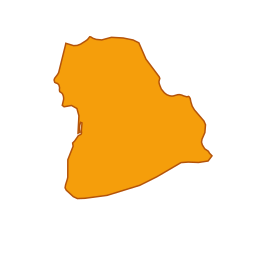 an SVG outline of Los Santos, rotated 111°
{"feature_id": "PAN-1339", "entity_name": "Los Santos", "entity_type": "Province", "adm_level": 1, "iso_a3": "PAN", "parent_name": "Panama", "parent_adm1": "", "projection": "mercator", "projection_center": [-80.421, 7.617], "detail": "fine", "context": "isolated", "style": "filled", "palette": "amber", "viewbox_px": 256, "rotation_deg": 111, "n_neighbors": 0, "source": "natural_earth", "source_scale": "10m", "svg_char_len": 1312}
<svg xmlns="http://www.w3.org/2000/svg" viewBox="0 0 256 256"><g transform="rotate(111 128 128)"><path d="M123.9,39.6L130.1,41.4L134.9,49.8L138.2,59.5L141.3,66.1L163.3,83.7L177.3,96.5L198.4,123.4L209.1,143.1L212.0,149.9L211.7,154.4L208.2,163.3L206.4,165.3L203.5,165.9L197.4,166.3L195.5,166.6L179.2,172.8L164.7,172.7L161.9,174.3L159.1,173.1L152.9,171.6L150.8,169.6L149.2,169.6L147.1,170.6L139.7,172.8L139.7,174.3L142.7,174.0L145.1,173.4L147.2,172.5L149.2,171.3L150.8,172.8L134.2,178.2L128.1,182.7L127.2,188.8L131.1,195.3L130.4,197.5L124.6,198.3L123.1,198.8L121.2,199.9L119.8,201.2L119.1,202.3L118.5,204.8L117.0,205.7L114.9,206.3L112.7,207.8L111.7,209.7L111.8,211.4L111.6,212.8L109.7,214.2L107.9,214.3L103.6,213.0L101.1,212.6L72.9,216.1L71.2,216.4L70.6,208.3L69.1,205.0L66.8,202.4L62.0,198.8L59.9,197.5L56.5,196.4L56.3,195.4L56.8,192.9L56.7,189.5L55.2,184.1L49.3,176.0L45.7,164.8L44.0,154.8L44.6,148.4L57.3,135.9L69.0,117.3L70.3,116.1L73.3,115.8L74.9,115.1L76.8,113.6L79.7,110.9L82.1,106.7L83.0,103.6L83.0,100.9L82.7,99.2L82.0,97.4L79.0,93.4L78.3,91.6L78.0,89.5L78.1,87.9L77.8,84.2L76.8,82.8L77.1,81.9L78.2,80.5L81.2,78.6L84.6,75.9L87.3,72.5L94.3,59.6L97.2,56.8L104.7,54.6L111.9,54.9L114.9,54.3L117.2,52.5L119.9,49.0L120.9,44.7L122.4,42.8L123.9,39.6Z" fill="#f59e0b" stroke="#b45309" stroke-width="1.5"/></g></svg>